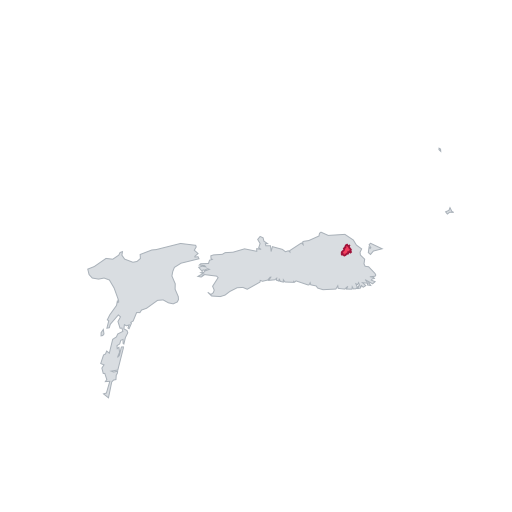 location of Gore District, Southland, New Zealand, rotated 224°
{"feature_id": "76426892B13163294507058", "entity_name": "Gore District", "entity_type": "district", "adm_level": 2, "iso_a3": "NZL", "parent_name": "New Zealand", "parent_adm1": "Southland", "projection": "equal_earth", "projection_center": [169.017, -46.045], "detail": "fine", "context": "in_parent", "style": "filled", "palette": "rose", "viewbox_px": 512, "rotation_deg": 224, "n_neighbors": 0, "source": "geoboundaries", "source_scale": "gbopen_adm2", "svg_char_len": 6007}
<svg xmlns="http://www.w3.org/2000/svg" viewBox="0 0 512 512"><g transform="rotate(224 256 256)"><path d="M268.2,214.1L270.3,214.2L279.4,207.4L283.1,205.9L284.1,205.7L282.1,207.8L282.5,209.3L280.3,214.0L282.1,213.2L283.2,210.0L284.4,209.3L284.0,207.5L289.4,208.1L287.5,211.4L284.6,213.3L286.3,213.4L290.5,210.1L290.4,212.0L285.0,217.6L286.5,220.7L285.1,223.2L286.6,222.9L288.6,224.8L287.3,227.3L281.4,233.8L280.5,237.0L275.2,242.7L269.2,253.2L258.7,259.9L260.6,261.8L256.9,264.3L259.8,263.8L261.7,267.8L266.3,269.1L266.6,272.9L263.6,274.0L260.6,272.2L256.3,272.9L257.8,271.3L256.0,270.2L252.7,273.4L248.2,269.7L250.7,274.1L241.6,279.1L237.8,279.5L236.4,282.2L234.3,282.4L235.5,283.2L232.4,296.9L229.9,296.9L232.2,298.4L231.8,299.8L228.8,303.7L224.6,314.1L226.1,316.5L225.8,318.3L218.3,321.0L207.1,333.3L197.1,335.1L191.4,333.6L184.9,334.5L183.8,331.0L181.6,329.2L175.6,329.2L172.9,325.4L170.4,324.4L167.5,326.5L158.3,326.1L156.6,325.5L156.3,324.1L159.7,320.2L156.6,322.3L155.2,322.1L156.5,320.3L156.3,318.7L152.5,320.3L152.8,317.0L161.1,314.8L157.8,314.5L157.6,313.3L160.9,310.8L156.5,311.0L157.2,308.0L159.6,308.0L158.7,305.8L163.7,308.1L163.0,306.0L164.9,305.4L161.5,303.9L161.4,301.7L163.1,300.0L165.4,300.7L163.9,298.8L168.0,295.0L168.9,298.0L169.2,293.8L174.4,289.8L176.5,291.4L175.6,287.7L184.4,278.3L189.3,275.8L192.0,276.2L196.6,273.3L198.5,274.4L197.8,272.3L198.3,271.4L209.9,265.9L210.0,264.2L211.2,263.9L210.4,263.4L217.1,257.4L219.8,257.9L218.2,256.2L220.9,254.6L223.6,255.8L222.0,253.9L224.5,252.8L225.7,254.4L225.9,252.0L229.9,247.3L230.6,251.1L231.1,250.6L230.9,246.8L233.8,242.3L236.0,241.4L235.0,240.0L239.2,226.0L243.6,224.3L247.5,220.1L250.2,212.3L251.1,206.4L253.5,202.0L260.1,196.4L265.5,196.4L261.7,197.0L261.2,199.9L262.3,202.4L266.2,204.1L268.2,214.1ZM268.4,53.5L274.1,64.3L277.1,61.0L277.5,63.5L283.2,66.5L284.3,65.4L289.0,68.3L289.7,72.1L293.0,70.8L296.9,78.9L296.2,81.0L297.4,83.9L294.0,84.2L301.2,96.5L300.2,100.9L301.3,103.8L299.4,109.3L302.4,111.0L303.6,109.6L309.8,113.0L311.2,118.1L314.1,118.0L313.4,105.7L311.7,102.5L313.1,100.5L316.9,107.1L318.6,106.8L320.3,112.1L322.0,123.6L324.4,127.2L323.1,126.6L322.8,127.5L324.0,128.6L335.8,134.4L344.8,136.9L350.0,134.6L353.2,130.0L358.5,126.4L363.2,126.7L367.9,129.7L365.0,136.1L362.2,150.1L356.8,154.2L355.3,161.3L356.2,164.1L355.1,166.4L353.0,163.4L348.3,162.5L340.2,166.0L337.8,169.4L337.4,173.9L340.4,176.6L335.1,188.0L332.3,191.2L319.0,212.6L306.8,221.8L305.3,221.0L304.4,217.3L299.4,217.5L299.8,213.3L299.2,212.8L297.2,215.2L295.1,214.4L304.9,198.8L306.8,191.1L305.1,187.0L302.6,183.2L294.8,179.9L291.1,175.9L283.7,172.8L281.5,170.8L280.7,168.3L282.3,164.1L286.4,161.5L292.3,159.9L296.0,155.7L298.4,142.4L300.8,137.6L300.2,134.6L302.6,132.4L299.2,123.9L299.9,121.3L298.8,120.9L296.8,115.5L298.1,115.3L299.4,118.3L300.7,115.8L303.0,115.2L300.4,111.8L297.1,112.8L294.9,111.7L293.3,106.6L289.9,100.9L290.9,100.8L293.7,103.6L294.7,101.4L293.0,98.1L293.7,94.9L291.5,93.0L291.2,95.1L287.3,92.0L285.2,86.8L285.2,89.5L289.6,97.0L288.3,98.5L287.5,97.7L276.2,78.0L280.2,72.6L277.8,73.6L275.5,77.0L274.4,75.6L273.7,73.1L270.9,69.8L272.3,67.8L272.3,65.2L263.6,51.5L269.9,50.9L268.4,53.5ZM177.6,336.5L180.9,341.0L179.1,340.7L179.1,341.7L182.5,342.7L182.5,344.7L170.3,348.8L175.0,341.1L174.7,336.6L177.6,336.5ZM148.9,422.8L150.0,425.5L146.1,424.1L144.1,424.7L147.1,422.0L147.5,419.1L150.3,419.5L148.9,422.8ZM314.2,93.3L314.8,97.1L311.2,94.3L311.0,92.3L312.0,90.9L314.2,93.3ZM282.6,204.5L280.2,205.8L280.8,202.8L283.6,201.0L282.6,204.5ZM156.7,313.5L156.4,315.2L153.0,314.5L155.7,312.6L156.7,313.5ZM198.3,459.6L199.2,460.7L197.5,461.1L195.8,459.6L198.3,459.6ZM160.6,302.9L161.4,305.6L159.1,304.3L160.6,302.9Z" fill="#d9dde1" stroke="#a8b0b8" stroke-width="1"/><path d="M195.5,316.6L195.3,316.5L195.1,316.6L194.9,316.6L194.8,316.8L194.7,317.0L194.6,317.3L194.4,317.4L194.4,317.5L192.7,317.5L192.6,317.8L192.5,318.0L192.3,318.4L192.4,318.8L192.5,318.9L192.6,319.0L192.2,319.1L192.2,319.3L192.1,319.5L192.2,319.8L192.3,320.0L192.2,320.2L192.3,320.2L192.4,320.3L192.5,320.5L192.5,320.8L192.4,320.9L192.2,320.8L191.8,320.9L191.8,321.2L191.7,321.3L191.8,321.4L191.8,321.5L191.7,321.7L191.4,321.8L191.5,322.0L191.7,322.3L191.9,322.3L192.0,322.4L192.3,322.4L192.4,322.5L192.5,322.7L192.4,322.7L192.3,322.8L192.2,322.9L192.2,323.0L192.3,323.1L192.2,323.3L192.1,323.5L192.1,323.8L191.9,323.7L191.8,323.8L191.8,323.7L191.7,323.7L191.3,323.6L191.2,323.6L190.3,324.0L190.4,324.6L190.3,325.0L190.6,325.1L190.8,325.1L191.1,325.2L191.3,325.2L191.6,325.2L191.8,325.3L191.9,325.5L191.7,325.6L191.7,325.8L191.7,326.1L191.5,326.3L191.4,326.3L191.9,326.5L192.0,326.5L192.5,326.7L193.9,326.5L193.9,326.9L194.0,326.9L194.3,326.9L194.5,326.9L194.9,326.8L195.1,326.9L195.3,326.9L195.4,327.0L195.3,327.3L195.5,327.5L195.8,327.6L196.0,327.7L196.1,327.8L196.1,327.7L196.1,327.8L196.2,327.7L196.3,327.6L196.3,327.4L196.5,327.4L196.4,327.3L196.5,327.3L196.7,327.2L196.7,327.3L196.8,327.2L197.0,327.2L197.3,327.2L197.5,327.1L197.8,327.1L198.1,327.1L198.4,327.5L198.6,327.3L198.6,327.0L198.6,326.9L198.7,326.6L198.8,326.4L198.6,326.3L198.6,326.2L198.8,325.9L198.8,325.6L198.7,325.5L198.5,325.4L198.4,325.3L198.3,325.2L198.2,325.1L198.2,324.9L198.3,324.8L198.3,324.7L198.2,324.6L197.9,324.5L197.7,324.5L197.7,324.4L197.6,324.2L197.8,324.0L197.8,323.9L198.0,323.9L198.2,323.7L198.1,323.4L198.1,323.2L197.9,323.2L197.7,323.0L197.8,322.9L198.0,322.8L198.1,322.7L198.0,322.2L197.8,322.2L197.7,322.2L197.4,322.0L197.2,322.0L197.2,321.9L197.0,321.7L196.9,321.7L196.8,321.4L196.8,321.2L197.6,321.2L197.4,321.2L197.1,321.1L196.9,321.2L196.7,321.2L196.6,320.9L196.6,320.7L196.8,320.4L197.0,320.3L197.1,320.0L197.1,319.8L196.9,319.7L196.7,319.5L196.7,319.4L196.8,319.3L196.9,319.1L196.9,318.9L197.0,318.7L197.0,318.8L197.1,318.6L196.9,318.5L196.8,318.3L196.7,318.3L196.7,318.2L196.8,318.0L196.4,317.8L196.3,318.0L195.5,318.1L195.5,317.8L195.6,317.7L195.7,317.4L195.8,317.2L195.9,316.9L195.7,316.8L195.6,316.7L195.5,316.6Z" fill="#f43f5e" stroke="#9f1239" stroke-width="1.5"/></g></svg>